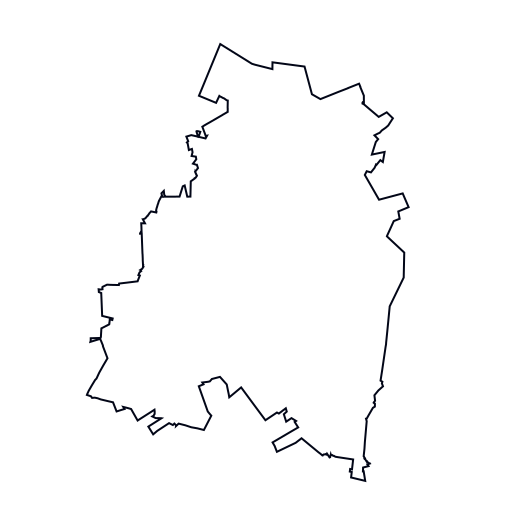 the district of Ekurhuleni, Gauteng, South Africa, rotated 10°
{"feature_id": "47623444B61881803671589", "entity_name": "Ekurhuleni", "entity_type": "district", "adm_level": 2, "iso_a3": "ZAF", "parent_name": "South Africa", "parent_adm1": "Gauteng", "projection": "mercator", "projection_center": [28.292, -26.184], "detail": "fine", "context": "isolated", "style": "outline", "palette": "ink", "viewbox_px": 512, "rotation_deg": 10, "n_neighbors": 0, "source": "geoboundaries", "source_scale": "gbopen_adm2", "svg_char_len": 5715}
<svg xmlns="http://www.w3.org/2000/svg" viewBox="0 0 512 512"><g transform="rotate(10 256 256)"><path d="M107.9,367.8L107.8,369.3L116.9,364.7L118.4,366.9L118.5,367.0L118.7,367.4L120.4,370.1L120.8,370.7L120.9,371.4L127.5,382.5L124.6,390.3L121.9,398.0L120.2,404.4L119.1,406.0L116.8,411.9L114.7,417.7L113.8,421.1L113.6,422.2L117.8,422.8L119.2,424.2L121.8,423.5L124.7,423.6L128.0,424.2L136.4,424.7L140.6,424.9L145.7,433.3L150.3,430.9L153.1,429.5L151.5,427.7L154.6,427.9L157.1,428.1L157.9,428.2L159.6,428.4L162.3,431.7L168.0,438.6L168.7,437.9L176.0,431.2L178.3,429.1L182.7,425.0L183.2,426.6L183.6,429.2L183.4,429.5L182.7,431.6L182.3,431.8L181.9,431.8L181.7,432.0L184.8,432.9L185.2,433.0L185.9,433.0L190.7,432.2L191.1,432.2L179.6,442.7L185.7,449.5L189.1,445.4L199.4,435.7L203.5,436.9L204.7,435.2L206.9,436.8L206.8,437.2L206.8,437.3L208.9,434.5L215.8,435.0L222.0,435.9L228.2,435.9L234.9,436.4L239.7,421.0L237.7,419.4L235.5,417.5L222.3,394.2L226.6,391.5L225.1,389.9L230.6,388.2L232.3,387.5L233.9,384.8L241.5,381.3L249.5,387.6L251.8,393.5L253.1,396.7L254.2,399.8L258.8,394.4L264.2,388.0L278.7,401.8L293.8,416.1L303.8,406.5L305.9,407.2L306.9,406.0L307.2,405.8L307.8,405.1L308.1,404.8L309.7,403.0L310.1,402.7L310.4,402.3L311.8,400.8L313.3,403.9L310.9,407.0L314.5,413.9L319.1,409.5L324.1,411.5L322.9,412.7L327.3,417.5L321.6,422.3L304.7,436.7L306.8,439.2L307.2,439.6L310.6,445.2L327.5,433.1L332.5,427.6L345.7,435.1L345.9,435.2L351.7,438.5L353.5,439.4L355.4,440.5L355.6,440.4L356.0,440.5L356.2,440.9L356.3,440.9L356.5,440.5L356.6,440.2L357.0,439.9L357.2,439.7L357.3,439.6L357.6,439.6L357.9,439.5L358.0,439.5L358.3,439.4L358.6,439.3L358.7,439.1L358.8,439.0L359.0,439.0L359.5,439.1L359.8,439.4L360.1,439.4L360.3,439.0L360.3,438.9L360.3,438.7L360.1,438.6L360.2,438.3L364.0,442.2L363.9,442.0L364.1,438.6L364.2,438.8L364.3,438.9L364.6,438.9L365.6,438.8L366.4,439.2L366.8,439.4L367.5,439.3L367.8,439.4L368.1,439.6L368.8,439.8L369.1,439.9L371.2,439.9L387.0,439.5L387.6,449.5L385.7,449.4L385.8,452.0L387.8,452.1L388.1,457.6L402.6,458.5L399.4,449.3L398.7,449.5L398.2,445.7L403.3,443.4L401.9,441.9L404.2,440.6L404.0,440.4L403.4,440.5L403.2,440.4L402.9,440.4L402.7,440.3L402.6,440.2L402.3,439.9L401.7,439.6L401.4,439.4L401.1,439.3L400.8,438.9L400.7,438.6L400.4,438.5L400.4,438.4L400.3,438.2L400.3,438.8L400.2,438.7L399.9,438.4L399.8,438.2L399.7,438.1L399.3,437.7L399.0,437.4L398.8,436.9L398.7,437.0L398.2,437.0L398.1,436.9L397.9,436.4L397.7,436.2L397.7,435.9L397.6,435.5L397.5,435.3L397.2,434.8L396.8,434.5L396.3,427.2L395.5,420.1L395.1,415.4L393.7,399.5L392.6,397.1L393.3,396.8L394.5,393.4L397.5,385.2L399.2,383.7L398.8,380.9L397.4,380.1L397.8,379.3L397.7,379.2L398.4,377.9L396.8,372.6L399.9,367.1L403.7,362.3L402.1,359.6L402.3,357.9L400.3,357.1L400.1,347.0L399.4,322.9L399.4,321.3L399.4,320.4L399.2,318.7L398.4,307.7L396.5,283.3L396.4,282.4L405.2,251.6L401.4,226.9L381.5,213.9L381.6,213.2L384.0,204.0L385.6,197.7L391.0,194.4L388.4,187.4L397.8,181.4L389.6,168.9L367.4,179.2L349.1,157.3L350.3,153.3L354.7,153.7L357.5,148.5L358.3,145.1L358.8,145.4L361.8,140.0L364.6,141.4L364.6,131.2L352.5,136.0L352.9,132.7L354.2,122.9L356.0,119.7L351.7,116.6L354.6,114.4L356.4,113.2L356.7,112.8L358.1,110.5L358.9,109.7L361.4,107.2L363.5,104.6L363.7,104.2L365.1,100.8L366.9,96.6L359.8,91.8L352.7,97.7L351.7,97.1L341.9,91.4L335.8,87.8L334.4,87.4L334.4,87.0L334.2,86.4L334.0,86.1L333.7,85.9L335.6,86.1L334.6,80.7L334.4,79.4L330.2,72.8L329.2,71.2L329.3,71.1L327.6,68.4L317.4,74.7L317.4,74.8L308.8,80.0L292.2,90.3L283.0,87.0L270.9,61.0L238.6,62.4L239.7,69.1L221.8,67.8L218.6,67.4L184.0,53.5L174.7,95.9L172.0,108.1L190.1,112.1L192.1,104.7L193.1,105.2L194.4,105.5L194.9,105.7L195.6,106.0L197.1,106.3L198.0,106.7L199.6,107.5L200.2,107.7L200.6,107.8L200.8,107.8L201.2,107.8L202.3,114.8L202.4,115.3L202.5,115.5L203.1,119.0L202.6,119.3L202.5,119.5L199.3,122.2L199.0,122.4L198.6,122.8L198.4,123.0L187.0,132.6L184.9,134.3L182.2,136.6L181.7,137.1L181.5,137.3L181.4,137.4L180.7,138.0L184.8,145.0L185.6,146.5L186.9,146.0L185.9,149.0L178.8,148.6L179.6,143.4L179.0,143.3L178.4,143.3L177.9,143.2L177.3,143.2L176.7,143.2L176.1,143.3L175.8,143.4L175.7,143.5L175.8,143.9L177.1,146.4L177.3,146.7L177.4,146.8L177.5,147.0L177.4,147.1L177.5,147.5L177.6,148.0L177.7,148.6L177.3,148.5L171.3,148.2L166.7,150.5L169.3,154.8L168.2,156.2L169.1,156.9L171.5,163.3L174.3,161.7L175.5,164.8L175.2,168.7L179.5,168.6L180.4,171.1L177.9,176.0L181.8,176.6L182.0,176.5L183.6,179.5L181.8,182.9L181.5,183.6L181.4,183.7L181.6,184.0L181.6,183.9L183.9,187.2L183.0,189.3L182.1,190.0L182.2,190.3L178.8,193.8L181.1,208.9L178.0,209.5L173.5,198.9L171.8,200.1L170.4,210.8L155.4,213.5L155.7,212.5L155.8,212.4L155.0,211.7L153.9,207.9L152.0,210.7L153.4,213.9L152.4,213.9L150.9,218.5L150.8,219.0L150.7,219.5L150.6,220.3L150.5,221.5L150.3,222.2L150.1,224.1L150.1,224.3L149.8,226.3L149.7,228.4L149.8,228.7L150.3,229.5L150.3,230.4L150.9,230.5L151.2,230.5L144.9,230.3L144.4,231.2L143.8,232.0L142.3,235.3L142.1,235.3L140.5,238.1L138.6,239.4L138.2,239.5L141.0,243.1L137.3,243.7L138.4,248.6L138.4,248.8L138.5,249.2L139.0,251.5L138.7,251.7L138.7,251.8L138.5,252.1L138.4,252.5L137.9,253.8L137.9,254.0L138.0,254.2L139.5,253.5L143.7,273.0L144.1,274.5L144.9,278.2L145.2,279.8L146.3,284.5L146.5,284.5L146.6,286.5L146.9,286.5L146.1,288.4L144.7,289.7L145.2,289.8L144.8,291.4L145.0,291.4L144.1,292.5L143.5,295.2L145.0,295.4L144.2,299.3L144.1,299.6L144.1,299.8L143.8,301.5L133.0,304.8L126.0,306.9L126.0,308.4L118.3,309.6L114.3,310.1L110.3,313.0L110.1,313.4L110.6,315.4L108.9,316.0L106.8,316.1L107.5,318.8L110.0,319.3L114.9,341.7L125.7,342.4L125.6,344.0L123.0,343.8L123.3,347.5L123.2,347.5L123.3,348.8L116.3,354.1L117.3,362.7L117.1,363.7L107.5,365.7L107.8,367.4L107.9,367.8Z" fill="none" stroke="#020617" stroke-width="2"/></g></svg>